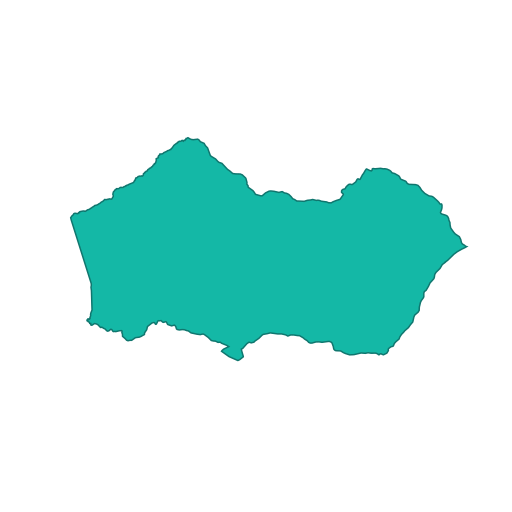 Mecula, Niassa, Mozambique (Mercator projection), rotated 28°
{"feature_id": "85939544B86519405521682", "entity_name": "Mecula", "entity_type": "district", "adm_level": 2, "iso_a3": "MOZ", "parent_name": "Mozambique", "parent_adm1": "Niassa", "projection": "mercator", "projection_center": [37.409, -11.97], "detail": "fine", "context": "isolated", "style": "filled", "palette": "teal", "viewbox_px": 512, "rotation_deg": 28, "n_neighbors": 0, "source": "geoboundaries", "source_scale": "gbopen_adm2", "svg_char_len": 6136}
<svg xmlns="http://www.w3.org/2000/svg" viewBox="0 0 512 512"><g transform="rotate(28 256 256)"><path d="M385.1,299.3L388.8,297.1L394.3,292.3L398.2,290.6L400.4,288.8L403.2,287.8L407.2,285.6L409.1,285.3L410.5,285.6L411.0,285.5L411.7,284.0L412.3,283.6L413.8,283.6L414.9,283.4L417.1,280.4L417.3,277.4L416.6,276.4L416.5,275.5L417.7,272.9L419.2,271.5L419.5,270.9L419.2,268.3L419.8,265.9L421.3,262.2L421.0,260.2L421.1,258.4L421.4,256.4L422.1,254.1L422.5,252.0L424.2,247.7L424.6,244.3L425.4,240.7L424.0,235.6L423.9,233.6L425.5,229.5L425.6,227.4L424.2,224.4L423.0,219.8L422.9,217.7L423.4,214.2L423.3,213.2L421.6,210.0L421.4,209.0L421.4,208.3L422.3,206.4L422.5,201.8L422.3,198.1L423.7,192.5L423.4,190.9L422.5,188.4L422.6,186.0L424.3,180.6L424.5,176.1L426.1,172.6L425.9,172.5L427.2,170.0L429.9,161.5L431.7,157.7L434.2,153.7L436.5,150.6L437.6,148.8L436.6,149.0L435.0,148.6L432.6,148.5L431.2,147.8L429.0,145.3L426.5,143.5L421.6,143.0L419.4,142.2L414.8,139.9L412.8,137.5L411.5,135.4L409.5,133.8L408.4,132.4L406.9,131.3L405.9,130.9L404.5,130.9L400.2,131.7L399.2,131.6L398.4,130.9L398.1,128.1L397.6,126.2L396.5,124.0L395.7,123.1L395.3,123.0L394.3,123.6L393.7,123.6L392.6,122.9L390.6,122.2L385.5,120.9L384.0,120.7L382.4,121.0L381.3,121.5L380.3,121.7L375.7,121.5L371.4,120.2L368.5,118.5L365.8,117.6L363.3,118.1L357.2,121.0L355.2,120.8L353.7,119.9L352.9,119.7L348.0,120.2L347.1,119.9L346.1,119.0L344.4,118.2L339.7,118.1L337.1,118.7L335.3,117.9L333.6,117.6L330.8,117.8L328.7,118.5L327.6,119.2L324.8,120.1L320.2,123.1L318.3,123.8L317.8,124.5L318.2,126.0L317.9,126.7L316.5,127.1L313.0,127.2L312.6,127.4L312.3,129.3L312.2,132.9L311.9,134.0L311.9,139.5L311.4,139.8L310.1,139.9L309.6,140.2L309.3,141.0L309.3,143.8L307.7,147.2L307.2,147.9L305.6,148.3L304.5,149.0L303.7,150.6L303.1,152.8L303.1,154.6L302.8,155.2L301.6,156.2L301.0,157.4L301.0,158.4L301.7,159.7L303.7,160.2L304.3,160.8L303.6,166.5L301.1,169.0L298.6,171.9L297.4,173.8L295.1,174.9L293.0,175.1L287.8,177.0L285.8,177.2L284.4,177.7L283.2,178.6L279.5,179.5L277.9,180.9L275.1,182.8L272.9,185.1L266.1,188.3L263.7,188.0L261.6,188.2L259.1,187.1L256.0,186.2L253.6,186.3L251.4,187.0L249.1,186.8L248.3,187.3L246.4,189.1L241.6,190.4L238.6,191.6L237.1,192.6L234.8,195.8L233.2,199.9L232.1,200.6L226.6,201.8L224.4,200.5L222.5,199.7L217.0,199.0L216.7,198.8L215.9,197.6L214.2,196.9L213.5,195.3L210.6,192.2L209.9,191.9L205.8,190.8L203.6,191.0L199.4,193.1L196.7,194.1L192.9,193.2L190.2,192.9L182.4,190.2L179.3,190.7L177.8,190.4L174.8,189.3L169.5,189.0L168.4,188.6L167.7,188.0L162.5,183.3L159.5,182.3L157.3,180.9L153.2,181.2L151.2,180.3L149.7,180.2L146.1,182.7L144.3,183.4L143.3,183.6L140.4,183.5L139.9,184.1L139.4,185.1L139.1,185.2L139.3,185.8L138.9,186.5L139.0,187.3L138.2,187.6L137.9,188.8L136.7,188.5L136.4,188.7L135.8,190.0L134.3,190.8L133.8,192.3L133.4,192.4L133.3,193.7L132.9,193.9L131.6,196.8L131.2,200.0L130.7,201.3L130.8,202.0L130.1,202.6L129.6,203.5L128.4,204.6L128.0,205.6L126.1,208.0L125.9,208.9L125.1,210.0L123.2,211.1L123.2,211.7L123.5,212.3L122.9,213.3L123.0,214.2L123.6,215.0L122.2,217.0L123.1,218.5L123.6,220.8L123.6,221.2L122.9,222.2L123.3,222.7L122.6,224.0L122.5,225.7L121.9,226.5L121.7,227.6L120.7,228.7L120.6,229.7L120.0,230.4L119.9,232.2L119.2,232.8L118.9,234.0L118.5,234.4L118.7,235.0L118.3,235.5L118.0,236.2L118.5,237.5L118.3,238.6L117.9,239.0L117.3,239.0L116.8,239.6L115.7,240.1L114.6,241.2L114.2,242.6L113.2,243.7L113.5,244.5L113.4,245.1L113.7,245.8L113.3,246.5L113.5,247.0L113.2,248.8L110.2,252.3L109.8,253.2L108.8,254.0L108.5,254.9L108.1,255.0L107.6,256.2L106.9,256.7L106.5,257.8L105.2,258.6L104.6,258.7L103.9,259.3L103.2,261.0L101.1,262.1L101.2,262.9L100.4,264.0L100.3,265.6L100.0,266.4L100.6,268.7L101.4,269.4L102.0,270.4L101.9,273.3L101.8,273.6L99.5,274.5L98.8,275.5L98.3,275.6L97.3,276.6L95.9,277.1L95.1,279.6L94.0,281.2L93.6,282.5L92.7,283.8L92.5,284.4L91.3,286.0L90.0,287.0L89.5,288.3L88.5,289.9L88.2,290.8L87.4,291.8L87.1,292.9L85.6,294.3L84.4,296.6L83.6,297.0L83.2,296.9L82.3,297.4L79.8,299.4L79.5,299.9L79.8,300.5L79.4,301.1L79.0,301.1L78.8,302.3L76.1,303.2L75.3,304.1L75.2,305.6L74.7,306.8L74.4,309.2L76.1,311.1L123.3,357.5L124.3,359.0L125.0,361.1L127.0,363.9L136.6,380.7L136.9,383.6L137.3,385.2L137.8,385.8L138.1,386.8L138.3,388.4L138.7,388.7L138.5,389.4L138.7,390.0L137.2,390.3L137.1,390.5L137.5,391.0L137.2,391.3L137.2,391.8L136.9,391.8L136.9,392.1L137.5,392.6L138.4,392.4L138.8,392.8L139.5,392.7L140.3,393.0L140.8,393.6L141.1,393.6L141.8,393.2L142.5,394.4L143.4,394.3L143.8,393.9L145.1,391.5L147.0,390.9L148.7,390.9L151.9,392.0L152.6,392.0L153.2,391.3L153.7,391.2L155.4,391.4L157.1,391.3L159.0,392.0L159.9,392.1L160.5,391.9L161.5,390.7L161.9,389.4L162.3,388.8L163.2,388.7L165.1,389.7L165.8,389.6L166.7,388.9L167.7,388.6L170.5,386.1L172.4,385.0L173.0,385.2L173.6,386.7L174.6,387.5L175.9,389.6L179.0,390.3L181.3,391.1L182.8,390.9L184.3,389.6L185.8,388.8L187.9,384.7L191.1,382.4L192.4,380.8L193.4,379.1L194.2,378.0L194.3,377.5L193.7,376.3L194.1,372.4L193.3,369.2L195.6,364.0L197.0,362.7L197.5,362.5L198.1,362.7L199.2,363.4L199.7,363.3L200.0,362.8L199.9,359.4L200.4,358.8L201.3,358.5L202.5,357.6L204.6,358.2L205.5,358.0L207.2,356.3L208.1,356.5L210.1,357.9L210.5,357.9L214.3,357.3L216.3,355.4L216.9,355.4L218.2,355.9L220.0,357.7L220.9,357.9L223.0,357.3L225.4,355.6L227.4,354.7L229.9,354.4L231.4,353.9L234.7,354.4L240.4,352.8L243.7,351.6L245.0,350.4L246.0,349.7L247.2,349.6L252.0,350.3L256.2,351.6L258.4,351.0L260.2,350.2L263.0,350.1L264.9,348.9L266.5,349.2L272.3,348.6L274.5,348.8L271.1,353.5L270.4,355.4L270.3,356.3L279.4,357.5L289.0,356.8L289.5,356.3L290.4,354.9L292.1,351.0L291.9,350.6L287.9,346.5L286.8,345.1L287.7,343.7L289.1,337.7L290.3,335.4L292.6,334.9L294.6,333.1L295.1,331.4L297.2,327.4L298.5,323.1L299.2,321.8L302.5,319.2L304.7,317.2L311.5,314.7L315.1,312.8L319.2,311.7L321.7,311.7L323.7,309.4L326.7,307.9L330.2,306.7L331.8,305.9L336.4,306.1L337.6,306.5L341.2,306.8L343.0,307.5L344.8,307.4L346.3,306.6L349.2,303.8L352.0,302.2L354.8,301.2L360.1,297.4L361.2,296.9L363.1,296.8L363.9,297.1L366.6,299.5L368.3,301.6L369.4,302.1L370.2,302.2L371.0,302.1L375.0,300.2L375.9,300.1L378.5,300.3L380.9,300.1L385.1,299.3Z" fill="#14b8a6" stroke="#0f766e" stroke-width="1.5"/></g></svg>